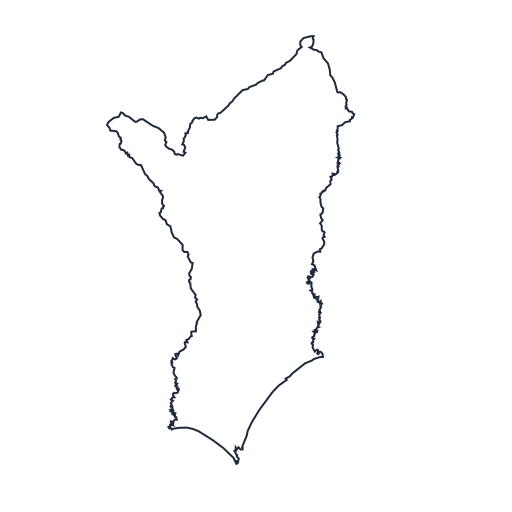 the district of Pemalang, Jawa Tengah, Indonesia, rotated 160°
{"feature_id": "22746128B43122306499336", "entity_name": "Pemalang", "entity_type": "district", "adm_level": 2, "iso_a3": "IDN", "parent_name": "Indonesia", "parent_adm1": "Jawa Tengah", "projection": "natural_earth1", "projection_center": [109.395, -7.01], "detail": "fine", "context": "isolated", "style": "outline", "palette": "slate", "viewbox_px": 512, "rotation_deg": 160, "n_neighbors": 0, "source": "geoboundaries", "source_scale": "gbopen_adm2", "svg_char_len": 6142}
<svg xmlns="http://www.w3.org/2000/svg" viewBox="0 0 512 512"><g transform="rotate(160 256 256)"><path d="M141.0,442.4L142.3,439.0L141.6,436.8L146.6,435.2L149.0,431.9L157.3,427.8L161.9,427.2L163.3,425.8L166.2,425.4L168.5,423.9L176.3,423.4L177.9,421.5L183.0,422.0L188.4,418.2L189.4,418.6L194.8,418.1L197.4,417.0L204.3,417.0L206.7,415.7L211.7,416.5L222.6,411.5L225.7,409.2L228.3,408.5L230.6,406.7L240.4,402.7L242.9,402.9L244.1,402.0L245.1,399.7L248.3,398.2L254.4,400.2L255.0,404.2L259.0,403.7L261.2,405.0L262.7,404.6L264.8,406.6L267.1,406.3L269.6,404.6L270.0,403.6L272.7,402.5L274.0,399.6L277.8,395.8L277.8,394.9L280.5,395.3L280.8,393.2L284.1,390.6L284.4,388.7L287.1,386.1L285.7,385.1L285.3,382.3L288.4,378.7L287.0,377.2L290.2,375.2L294.7,378.6L296.2,378.4L297.4,379.7L297.3,382.1L298.5,384.7L300.9,386.4L303.0,389.5L303.4,391.5L301.2,393.6L302.1,395.9L300.3,398.4L300.2,403.3L303.9,409.6L308.4,413.6L315.5,423.2L318.0,424.0L322.2,423.0L323.7,423.4L327.8,430.3L330.9,432.7L332.2,435.8L333.8,437.1L337.4,433.8L342.6,434.4L348.7,432.4L351.2,430.1L349.8,426.4L350.0,423.6L344.6,421.0L343.7,418.9L344.0,415.2L342.7,413.5L342.8,412.3L343.6,412.0L343.2,409.7L344.6,407.9L345.7,408.0L347.1,405.0L346.2,401.7L344.7,401.3L343.4,399.3L343.2,396.8L341.6,397.1L342.0,394.2L340.6,394.4L341.2,392.4L338.8,390.2L337.0,383.6L335.5,381.9L333.0,380.9L332.2,370.8L330.8,368.5L330.3,364.9L327.4,359.3L327.6,357.2L326.7,355.5L324.8,354.0L324.6,350.4L322.9,349.7L324.3,348.8L323.0,344.5L323.3,342.9L325.1,340.7L326.3,337.4L325.4,334.3L326.4,334.1L327.0,332.8L328.4,332.9L330.6,329.6L332.1,329.4L332.3,326.8L330.8,322.6L328.9,320.9L328.8,316.2L326.3,313.2L327.2,306.4L326.6,301.3L324.4,299.3L321.1,291.6L323.0,286.8L322.0,284.3L319.1,283.3L318.8,280.5L320.2,279.3L320.2,277.7L319.4,272.3L317.9,271.1L320.8,265.8L324.8,262.6L325.2,260.0L324.4,258.4L325.5,256.5L326.6,256.6L327.4,255.7L327.6,254.1L327.0,253.1L328.4,247.8L326.0,240.0L327.5,237.7L326.2,235.2L328.3,233.8L327.9,231.4L328.5,228.0L327.5,224.2L328.1,219.5L334.6,213.9L334.5,213.0L336.8,210.0L338.2,205.8L342.5,207.0L343.3,205.8L343.7,202.8L344.7,202.9L347.6,201.0L350.2,200.9L349.9,198.3L352.1,199.4L352.7,199.0L353.0,194.6L356.4,192.8L360.5,192.3L363.2,189.3L363.5,191.2L365.3,191.5L365.7,189.5L365.1,187.6L365.8,186.8L367.4,186.5L369.2,188.5L369.9,187.2L371.4,186.5L371.1,184.6L371.9,184.6L371.8,183.8L372.4,183.2L372.1,180.0L370.8,178.7L373.5,174.4L373.1,171.2L372.0,168.7L372.8,167.7L373.9,168.0L374.0,165.3L375.2,164.8L375.3,163.9L373.8,162.8L376.2,161.7L374.7,160.3L375.8,159.5L375.6,157.4L374.2,157.9L374.1,157.0L376.3,154.5L378.5,154.5L379.6,155.4L381.1,154.9L381.7,153.9L381.0,151.1L382.8,151.6L385.2,150.2L383.5,148.5L386.4,146.9L386.1,145.2L387.7,144.0L387.4,143.1L386.1,143.1L386.8,140.8L387.9,140.8L386.6,139.9L386.6,138.9L387.3,138.5L388.9,140.3L389.6,139.4L388.0,138.2L388.1,136.9L389.4,136.0L386.3,136.5L386.2,135.7L388.3,134.1L386.1,134.9L387.3,132.7L386.0,131.8L386.5,129.3L387.6,130.1L389.8,129.3L390.9,127.2L392.5,129.7L393.1,128.6L392.0,125.3L394.5,126.6L395.1,125.3L396.8,125.2L396.5,123.7L394.9,123.4L394.5,121.7L392.5,122.0L386.5,120.7L379.5,118.3L374.5,115.1L369.9,111.0L359.6,97.7L352.3,86.6L346.2,74.1L345.7,69.2L345.0,70.3L344.5,69.7L344.8,67.5L343.7,67.9L341.5,71.6L342.6,73.8L341.8,75.3L342.4,75.8L342.8,80.2L341.8,80.0L340.6,82.9L340.2,80.7L338.0,82.3L336.7,79.5L334.8,78.8L334.1,80.3L334.5,80.9L333.0,82.8L326.2,90.3L323.7,94.4L316.7,101.3L305.7,110.1L287.5,122.2L279.2,126.4L269.5,129.1L270.0,130.7L265.5,131.3L261.8,133.3L246.4,138.4L239.1,138.6L237.2,139.4L231.0,139.2L227.5,138.3L227.0,141.6L227.9,143.7L229.0,144.2L231.0,142.5L231.8,143.4L230.0,145.3L230.0,146.7L230.9,147.1L233.4,146.0L234.1,151.0L232.8,152.8L233.7,154.7L232.8,155.6L231.8,155.3L231.0,157.6L229.7,158.3L231.0,159.2L231.1,160.3L228.5,160.9L228.4,161.9L227.0,162.9L227.8,165.1L224.7,163.7L224.0,164.8L226.0,165.5L226.2,166.4L224.7,166.5L222.9,167.8L221.1,167.8L221.8,168.8L219.6,171.0L220.8,171.3L220.5,173.0L218.7,171.6L217.8,172.3L218.4,174.5L217.2,175.8L217.8,176.5L217.0,177.0L216.7,179.3L214.8,180.4L216.1,181.6L215.8,182.2L214.8,181.8L214.6,184.0L212.5,185.4L212.8,186.7L210.3,188.7L211.0,189.5L210.7,191.2L212.3,190.0L212.2,191.5L213.7,191.8L211.2,196.4L213.0,196.5L213.8,197.4L214.3,195.8L214.7,197.0L215.6,196.9L215.5,199.7L214.3,200.1L215.9,201.8L215.4,203.6L216.5,204.9L214.5,205.1L214.5,208.2L212.9,211.9L214.1,213.9L214.9,213.9L215.3,211.9L217.0,212.5L217.3,213.6L214.6,214.7L214.8,218.2L214.3,219.0L213.2,218.8L212.9,216.6L211.2,217.6L210.0,217.1L208.3,218.7L210.4,220.5L209.7,222.8L208.9,222.9L208.6,221.4L207.6,220.6L206.7,220.9L206.6,221.8L208.1,222.8L207.5,224.2L206.1,224.0L204.3,222.0L204.3,227.3L206.2,229.2L203.9,231.4L203.4,235.3L200.9,238.6L196.6,239.1L194.1,238.1L193.8,240.4L191.8,240.7L188.1,243.5L187.0,246.2L187.5,249.9L186.2,250.9L185.0,250.5L185.2,252.6L183.5,254.6L183.6,255.5L185.0,256.4L185.3,257.9L183.9,261.9L184.6,264.8L181.1,266.8L181.8,269.0L181.4,272.9L178.7,273.8L176.5,277.7L177.6,280.0L177.1,284.4L175.9,287.7L176.4,289.6L174.5,290.8L174.3,292.5L172.9,292.6L171.9,293.7L170.6,293.5L170.3,294.3L168.7,293.8L166.8,296.0L161.4,298.0L160.6,301.0L158.8,301.9L158.9,304.9L157.6,304.5L156.5,305.7L155.2,305.4L155.6,307.0L153.1,305.5L150.2,306.7L150.6,307.5L149.5,308.0L149.0,311.7L148.0,311.7L148.3,313.2L147.0,313.5L147.5,315.2L145.8,314.7L146.6,317.0L145.6,318.6L144.2,318.9L145.6,320.5L143.5,320.1L144.3,321.2L143.0,322.1L143.8,322.7L143.0,323.4L143.7,324.2L142.3,324.9L142.6,327.6L141.5,328.4L140.9,334.8L139.4,337.9L138.8,341.7L137.8,342.0L138.1,344.7L136.8,345.1L137.0,346.4L136.2,346.6L134.8,350.0L130.5,349.5L126.4,351.2L121.6,350.5L121.3,351.7L118.6,352.5L118.3,353.5L117.6,353.0L115.2,355.6L116.4,357.2L116.5,358.7L119.4,360.2L119.9,364.3L121.1,364.0L120.4,366.4L119.1,367.1L119.0,368.8L117.1,371.5L117.7,372.6L117.2,374.8L118.5,378.0L121.0,381.3L122.9,381.5L123.5,382.3L122.6,392.2L123.2,397.6L124.4,400.4L122.9,406.1L122.5,412.3L124.9,418.7L124.9,425.0L127.4,426.7L128.3,428.6L131.0,430.0L134.1,433.5L131.9,433.5L129.5,436.0L127.9,439.6L128.4,440.8L126.7,442.9L129.9,443.9L136.8,444.5L141.0,442.4Z" fill="none" stroke="#1e293b" stroke-width="2"/></g></svg>